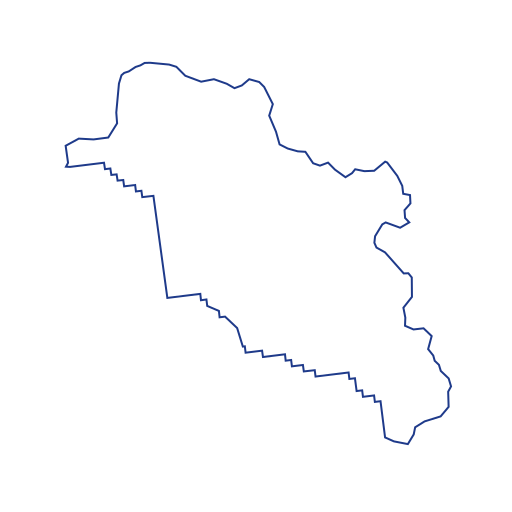 Douglas, Washington, United States of America (Natural Earth projection), rotated 83°
{"feature_id": "52423323B13167206159035", "entity_name": "Douglas", "entity_type": "district", "adm_level": 2, "iso_a3": "USA", "parent_name": "United States of America", "parent_adm1": "Washington", "projection": "natural_earth1", "projection_center": [-119.676, 47.685], "detail": "fine", "context": "isolated", "style": "outline", "palette": "blue", "viewbox_px": 512, "rotation_deg": 83, "n_neighbors": 0, "source": "geoboundaries", "source_scale": "gbopen_adm2", "svg_char_len": 1714}
<svg xmlns="http://www.w3.org/2000/svg" viewBox="0 0 512 512"><g transform="rotate(83 256 256)"><path d="M144.2,433.7L144.9,429.7L144.9,395.5L151.4,395.3L151.4,389.9L157.9,389.7L158.0,384.4L164.3,384.2L164.4,378.5L170.8,378.4L170.8,367.3L177.3,367.3L177.3,361.8L183.7,361.7L183.8,350.5L286.8,349.1L286.8,315.9L293.2,316.0L293.1,310.5L299.6,310.5L306.0,299.5L312.4,299.6L312.4,294.1L325.2,283.5L344.3,280.1L344.3,278.1L350.7,278.1L350.7,261.5L357.1,261.4L357.1,239.2L363.5,239.3L363.5,233.8L369.9,233.8L369.9,222.7L376.4,222.6L376.5,211.6L382.9,211.6L382.9,178.3L389.4,178.3L389.4,172.7L402.3,172.6L402.3,167.0L408.8,167.0L408.8,155.8L415.3,155.8L415.3,150.1L451.8,150.0L456.8,141.7L461.2,128.2L452.3,121.2L445.4,118.9L440.7,108.8L437.7,92.3L429.2,83.2L414.1,81.8L409.2,78.3L401.0,79.7L392.6,86.6L386.3,87.7L381.8,91.4L376.4,92.2L369.4,96.5L356.9,91.4L348.2,98.5L348.1,108.6L343.4,116.6L335.4,115.3L325.3,116.0L315.6,106.2L296.3,104.0L291.7,106.9L291.3,111.5L268.1,127.5L262.3,135.4L257.3,136.9L250.9,135.4L240.0,126.8L238.5,123.2L245.5,109.5L241.3,99.8L236.4,103.4L228.6,103.0L222.6,96.3L214.3,95.7L212.2,102.3L204.2,102.3L193.7,106.0L179.2,114.4L178.1,116.3L185.8,128.3L185.0,138.1L182.0,147.0L185.5,150.6L188.7,157.6L179.9,167.1L172.1,173.1L174.1,181.5L170.9,188.0L158.6,194.3L157.2,201.8L153.2,211.4L148.1,219.0L135.1,221.0L118.3,225.8L107.3,220.8L89.2,227.3L83.7,231.6L79.7,241.2L85.0,249.3L86.8,256.9L81.5,264.0L75.4,276.2L76.3,289.2L68.5,304.2L58.5,312.0L55.4,318.9L51.3,337.6L50.8,343.0L52.7,347.5L53.7,352.5L57.3,359.8L58.2,364.5L60.2,367.5L68.1,371.0L96.6,377.2L107.4,377.7L120.4,388.2L120.5,403.0L117.9,417.6L123.4,431.5L140.6,431.2L144.2,433.7Z" fill="none" stroke="#1e3a8a" stroke-width="2"/></g></svg>